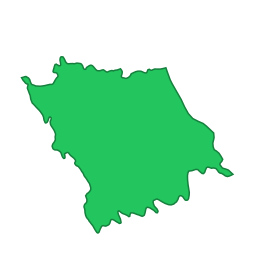 the district of Drahichyn, Brest, Belarus, rotated 250°
{"feature_id": "67162791B13228782215285", "entity_name": "Drahichyn", "entity_type": "district", "adm_level": 2, "iso_a3": "BLR", "parent_name": "Belarus", "parent_adm1": "Brest", "projection": "robinson", "projection_center": [25.082, 52.14], "detail": "fine", "context": "isolated", "style": "filled", "palette": "green", "viewbox_px": 256, "rotation_deg": 250, "n_neighbors": 0, "source": "geoboundaries", "source_scale": "gbopen_adm2", "svg_char_len": 5048}
<svg xmlns="http://www.w3.org/2000/svg" viewBox="0 0 256 256"><g transform="rotate(250 128 128)"><path d="M61.5,58.5L60.6,58.3L58.6,58.4L56.8,58.8L55.6,59.4L53.9,59.6L52.8,60.0L49.9,60.9L48.2,61.5L45.1,62.0L42.4,62.5L40.5,63.0L39.6,63.8L39.8,64.5L40.0,65.1L41.0,66.0L42.4,67.2L43.3,68.1L44.3,69.2L44.9,70.3L44.7,71.4L44.0,72.4L43.4,73.6L43.5,75.7L43.8,77.1L44.8,78.4L45.8,79.1L47.2,80.2L47.7,80.9L47.5,81.7L46.9,82.7L45.9,83.6L43.7,85.2L42.4,86.4L41.3,87.2L41.1,88.6L41.6,89.2L44.9,89.7L47.0,89.6L49.7,89.4L50.9,89.5L52.6,89.7L53.3,90.6L52.9,91.5L51.6,92.2L50.2,93.1L49.1,94.1L48.2,95.3L46.5,97.0L45.5,97.8L44.4,98.5L44.4,99.4L45.1,99.8L46.0,100.3L47.2,101.4L46.9,102.8L46.4,103.7L45.4,105.0L43.6,107.0L42.6,108.4L41.2,109.9L40.2,111.1L40.2,112.5L40.6,113.6L42.2,114.8L43.7,115.8L45.3,116.7L46.6,117.8L46.9,119.2L45.5,121.2L43.6,122.6L41.8,124.1L40.3,124.8L38.8,125.5L38.3,126.7L39.6,127.8L42.2,127.5L43.7,126.8L45.7,126.0L48.3,126.0L50.1,126.3L51.2,127.2L51.2,128.5L51.5,130.0L51.3,131.0L50.0,132.4L47.2,134.6L44.4,137.1L42.0,140.0L41.0,142.3L40.9,145.1L41.5,146.5L42.0,148.3L43.0,149.5L43.7,150.4L45.0,151.4L46.2,152.5L46.6,153.8L45.9,155.1L44.6,156.0L42.3,156.6L40.8,157.1L40.2,157.8L39.9,159.4L40.9,160.7L43.6,162.3L46.3,163.5L50.3,164.3L54.4,165.1L59.1,166.3L62.9,167.6L65.4,169.0L66.7,170.4L66.5,171.3L66.0,173.6L65.9,177.6L65.0,179.4L63.0,180.3L61.9,180.9L59.9,182.1L59.3,183.4L60.2,185.0L62.1,186.5L63.9,188.3L64.0,189.7L63.0,191.1L61.6,192.7L61.4,194.2L60.5,195.9L59.6,196.9L57.5,197.6L55.3,198.2L54.2,199.0L53.1,200.7L50.9,202.3L49.7,203.1L48.4,204.8L48.2,206.7L48.3,208.8L48.6,210.8L50.1,210.0L54.1,208.0L55.6,206.3L58.1,203.0L62.3,201.8L63.4,202.6L64.7,204.9L66.2,206.3L69.7,205.7L73.1,204.9L76.1,203.2L78.1,201.6L81.2,201.6L84.7,202.5L87.8,204.5L89.6,205.6L94.0,206.8L98.6,204.5L103.0,202.3L106.6,200.1L110.1,196.4L114.7,192.1L120.9,189.6L128.4,188.4L136.6,187.7L145.8,186.1L154.6,184.6L158.8,184.1L167.8,184.1L171.6,184.2L171.9,181.4L172.2,179.0L172.9,176.8L173.5,175.3L174.3,173.2L174.3,171.6L174.1,170.2L174.6,169.0L175.9,168.1L175.9,166.6L174.5,165.4L173.6,164.4L173.6,163.6L174.5,162.1L175.7,160.9L176.6,160.0L177.3,158.8L178.0,156.9L178.3,154.6L178.1,152.0L177.9,149.8L177.5,149.1L176.5,148.3L175.7,146.7L175.3,145.3L175.2,143.5L175.7,142.2L176.5,141.3L177.0,140.1L178.0,139.4L178.6,139.3L179.5,139.8L180.6,140.7L182.6,141.8L184.1,141.8L186.2,141.2L186.2,140.4L186.2,137.8L186.7,135.5L186.7,133.7L187.5,132.6L187.8,130.7L187.8,129.7L187.6,128.0L188.0,127.0L189.2,126.1L190.6,125.2L191.2,124.6L191.4,122.9L191.4,122.0L191.6,120.3L192.1,119.4L192.7,118.4L194.1,117.7L196.6,116.8L197.9,116.3L198.9,115.7L199.5,115.0L199.8,114.4L199.8,112.8L199.5,111.7L199.1,109.9L198.5,109.1L197.6,108.3L198.1,107.0L199.3,106.6L200.7,106.6L202.1,106.6L204.0,106.1L205.0,105.1L206.5,102.1L206.6,101.0L206.7,99.7L207.5,98.0L208.2,95.8L208.8,93.7L209.5,92.8L211.2,92.1L213.0,91.9L214.6,91.8L216.9,91.3L217.6,90.2L217.7,89.1L217.1,88.4L216.0,87.7L215.0,87.3L214.0,87.1L212.1,86.8L210.6,86.4L209.9,85.9L209.9,85.0L210.1,84.3L211.1,83.7L211.7,83.0L212.5,82.5L212.6,81.2L211.0,79.8L209.9,79.1L208.6,78.1L206.8,76.9L206.3,76.9L205.6,77.3L205.2,77.9L205.0,78.4L204.6,79.1L204.0,79.8L203.3,80.0L202.0,80.2L200.7,80.0L200.1,79.4L199.5,78.1L198.6,76.8L197.7,75.7L196.8,74.7L196.0,73.7L195.3,73.0L195.0,71.8L195.2,70.7L195.7,69.6L195.8,68.6L196.1,66.2L196.3,64.3L196.8,61.8L197.3,59.7L197.9,58.4L199.0,55.8L200.6,54.0L201.8,52.5L203.1,52.1L205.4,52.1L207.0,52.2L209.0,51.6L210.0,50.8L211.3,49.7L211.5,48.5L211.5,47.3L211.7,45.2L210.6,45.4L208.4,45.8L207.4,46.3L205.3,47.0L204.1,47.9L203.4,48.9L202.7,48.8L202.0,48.4L200.6,47.4L199.5,47.0L198.3,47.1L197.4,47.1L196.4,47.1L194.9,47.1L193.5,47.1L192.1,47.2L191.0,47.0L190.0,46.8L188.5,46.5L186.2,46.5L184.1,46.6L183.0,47.2L180.9,48.1L178.9,48.9L177.1,49.7L174.9,50.7L173.2,51.3L171.2,51.8L169.3,52.3L166.9,52.3L165.4,52.0L164.0,51.8L163.0,51.9L161.7,51.9L161.0,52.1L160.8,52.9L161.0,53.9L161.9,55.0L163.2,56.1L163.9,56.6L165.1,57.8L165.0,58.6L164.2,59.1L163.5,59.2L162.6,58.9L161.6,57.8L160.3,56.9L157.8,56.4L156.2,56.6L153.8,57.2L152.5,57.5L150.9,57.8L148.3,57.9L147.0,57.8L145.7,57.2L144.8,56.6L143.9,56.3L142.7,56.0L141.5,55.5L140.6,54.5L139.7,53.5L139.0,52.3L138.4,51.6L136.9,50.5L135.2,50.4L134.0,50.5L133.0,51.2L132.5,51.7L132.0,52.8L131.5,54.0L130.9,54.6L130.0,55.4L129.1,56.0L127.8,56.5L125.9,56.5L123.6,56.5L122.5,56.7L121.4,57.2L121.2,58.1L121.8,58.7L123.4,59.2L124.6,59.3L125.4,59.6L125.5,60.2L125.7,61.3L125.8,62.3L125.6,63.0L125.0,63.6L123.9,63.9L122.5,64.4L121.7,64.7L120.7,65.3L119.7,65.9L118.2,66.8L116.3,67.5L115.3,67.5L114.7,67.4L114.0,66.6L113.5,66.1L112.7,65.8L111.1,66.2L110.2,66.7L108.9,68.1L107.2,68.7L106.0,69.1L104.8,69.4L103.3,69.6L102.0,70.0L100.6,70.4L98.8,70.4L97.3,70.6L95.7,71.2L93.8,71.7L91.7,72.1L88.9,72.8L87.0,72.7L84.9,72.6L83.5,72.2L82.3,71.4L81.6,70.3L80.7,68.7L80.4,67.2L79.4,65.9L78.8,65.0L77.0,65.0L74.6,64.9L72.9,64.1L71.9,63.1L71.4,61.8L70.8,60.9L69.3,59.8L68.3,59.6L67.1,59.6L65.6,59.4L62.9,58.6L61.5,58.5Z" fill="#22c55e" stroke="#15803d" stroke-width="1.5"/></g></svg>